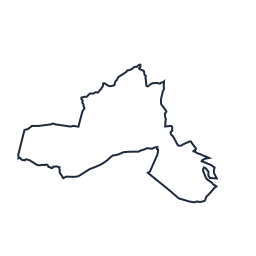 Opala, Orientale, Democratic Republic of the Congo (Natural Earth projection), rotated 104°
{"feature_id": "63176286B48725841971461", "entity_name": "Opala", "entity_type": "district", "adm_level": 2, "iso_a3": "COD", "parent_name": "Democratic Republic of the Congo", "parent_adm1": "Orientale", "projection": "natural_earth1", "projection_center": [24.381, -0.71], "detail": "fine", "context": "isolated", "style": "outline", "palette": "slate", "viewbox_px": 256, "rotation_deg": 104, "n_neighbors": 0, "source": "geoboundaries", "source_scale": "gbopen_adm2", "svg_char_len": 4978}
<svg xmlns="http://www.w3.org/2000/svg" viewBox="0 0 256 256"><g transform="rotate(104 128 128)"><path d="M144.5,207.1L145.1,208.7L146.4,212.2L147.6,215.2L148.5,218.7L149.3,221.9L150.5,222.6L153.3,225.0L155.0,228.0L180.8,228.0L181.0,227.9L181.2,227.7L181.6,227.5L182.3,227.3L183.9,227.0L183.4,226.3L183.1,225.6L183.2,225.3L183.3,225.1L184.1,224.3L184.4,223.4L184.5,223.3L184.6,222.2L184.5,221.7L184.4,221.2L184.5,220.6L184.4,220.4L184.3,220.2L183.6,220.1L183.3,219.8L183.3,219.7L182.9,218.7L183.1,217.2L183.1,216.1L183.1,215.3L183.5,214.5L183.7,214.1L183.8,213.8L183.8,213.7L183.9,213.4L183.9,213.0L184.0,212.8L184.3,211.9L184.6,211.2L185.0,210.2L185.2,209.3L185.2,209.2L185.3,208.8L185.7,207.5L185.8,206.8L185.8,206.0L185.7,205.7L185.6,205.2L185.4,204.2L185.2,203.8L184.6,202.7L184.4,201.3L184.0,200.2L184.0,199.8L184.1,199.5L183.8,199.2L183.3,198.6L183.1,198.2L183.2,197.9L183.3,197.7L183.4,197.2L183.5,197.0L183.6,196.8L183.7,196.7L183.8,196.7L184.7,196.0L184.9,195.8L185.0,193.6L185.4,193.0L185.5,192.7L185.4,192.3L185.2,192.0L185.1,191.8L184.3,191.6L184.2,191.6L183.9,191.5L183.6,191.1L183.4,190.7L183.3,190.3L183.2,189.5L183.2,189.4L182.9,188.9L182.7,188.6L182.7,188.4L182.5,187.4L182.6,187.0L182.6,186.9L182.8,185.4L182.7,185.0L183.0,185.0L183.3,185.0L184.4,184.7L184.5,184.6L185.2,184.0L186.5,183.9L187.2,183.7L187.3,183.7L187.8,183.3L188.1,183.1L188.4,182.9L190.3,180.7L191.0,179.9L191.6,179.6L192.1,179.0L192.2,178.9L192.4,178.7L190.1,176.1L189.3,172.3L188.1,167.3L186.7,164.4L183.3,161.0L180.1,158.1L176.9,154.9L173.8,150.4L169.7,145.1L165.2,141.0L159.7,137.2L158.4,136.2L157.5,133.8L155.8,130.7L153.9,128.2L152.5,126.5L152.3,125.7L152.1,125.2L150.8,121.3L149.9,117.9L148.5,112.3L146.7,110.0L146.0,109.0L145.2,107.4L143.0,104.7L142.3,99.8L142.1,99.3L140.2,97.0L139.5,94.9L141.4,94.8L141.6,93.6L142.5,93.5L143.6,93.3L145.3,93.1L147.2,93.1L164.9,96.2L165.8,97.0L166.7,97.9L176.3,77.3L179.2,71.2L182.2,65.3L183.7,62.4L184.1,61.2L184.1,59.5L184.5,50.5L184.0,45.3L182.6,43.5L182.5,40.8L182.2,39.9L181.9,39.0L181.1,37.6L180.1,36.0L179.2,35.7L178.0,35.6L175.5,35.3L173.0,33.6L166.2,30.1L165.8,30.2L163.9,28.6L163.4,28.0L163.1,28.4L161.9,32.1L160.9,33.1L160.4,34.4L158.9,38.3L157.9,39.8L157.7,40.2L151.2,44.9L149.7,45.1L147.9,44.8L148.0,43.7L148.4,42.8L149.4,41.3L151.0,39.4L152.1,39.1L153.5,38.9L154.9,38.4L156.7,36.4L156.6,35.8L156.1,33.5L156.1,33.1L156.2,32.5L155.9,31.9L155.7,31.4L155.5,29.7L154.2,30.7L152.9,32.0L150.6,33.8L148.1,34.4L145.4,34.4L143.7,39.0L143.5,41.1L143.4,41.5L143.1,42.9L142.4,48.5L141.5,48.4L139.0,45.6L137.5,42.0L137.3,42.8L137.1,44.4L135.8,52.4L135.9,52.9L135.8,53.4L135.8,53.9L135.4,55.8L134.8,56.7L134.7,57.0L134.8,57.9L135.0,58.5L134.6,59.0L134.1,58.7L133.1,57.5L132.1,57.0L131.5,57.2L130.4,58.3L129.7,59.3L129.3,59.7L127.5,62.0L125.8,63.8L126.3,65.2L127.1,66.1L129.9,69.8L130.2,70.1L130.7,70.8L131.4,71.3L132.1,71.9L132.5,72.9L132.8,74.3L132.8,75.3L132.0,76.1L126.0,81.5L125.6,81.9L125.6,82.1L125.2,82.5L124.9,82.7L124.8,82.8L124.7,83.0L124.4,83.9L124.0,84.4L123.9,84.5L123.4,84.9L121.8,85.7L119.9,84.4L118.6,84.9L116.8,85.1L115.8,86.0L115.6,86.8L116.3,88.7L117.5,92.3L116.5,92.4L115.7,92.6L114.0,93.0L113.2,93.2L112.9,93.1L112.5,93.1L111.4,93.5L110.9,93.5L110.2,93.4L108.4,94.6L106.7,95.3L105.4,95.6L104.8,95.6L104.2,95.3L103.3,94.9L102.9,94.8L102.7,94.8L101.8,95.5L100.4,97.4L99.4,98.3L97.5,100.9L96.9,101.4L96.6,101.7L93.0,102.8L90.4,103.0L88.0,103.0L83.9,103.1L82.6,102.7L81.7,102.6L81.3,102.6L80.6,102.6L79.0,103.5L78.3,103.6L75.9,104.0L74.2,104.3L74.7,104.6L75.0,105.0L75.6,106.1L76.3,107.0L76.6,107.3L77.2,107.7L77.3,110.8L78.0,113.0L78.5,114.9L79.2,115.7L80.4,117.0L81.0,117.4L82.2,118.2L82.9,118.9L82.6,120.3L81.4,120.9L80.0,121.2L78.7,121.8L78.3,121.9L77.4,122.2L76.2,122.6L75.3,123.2L73.3,123.2L73.0,123.7L72.6,124.6L72.5,124.8L72.4,124.9L72.2,125.0L71.5,125.2L70.8,125.5L69.9,125.9L69.1,126.3L69.0,126.5L68.9,126.5L68.6,127.4L68.5,128.7L68.2,129.7L68.2,130.2L68.2,130.3L68.1,130.7L67.7,131.2L67.5,131.7L67.4,131.7L66.4,131.0L65.1,130.8L63.7,131.2L63.6,132.0L65.4,133.7L65.6,133.8L66.6,134.3L66.9,135.8L67.2,136.6L69.6,138.4L70.2,139.0L70.4,139.2L71.3,140.3L72.5,142.8L73.6,143.0L75.0,144.2L76.1,145.1L78.2,147.1L80.0,148.8L80.9,149.7L82.8,150.2L84.4,150.5L85.8,151.5L87.8,151.6L89.7,151.6L91.5,154.5L91.9,156.7L91.2,158.9L90.3,161.7L90.5,162.5L91.0,162.9L92.3,162.5L94.0,162.6L95.8,163.4L96.5,163.4L97.6,164.1L98.5,164.6L100.7,165.6L101.0,165.9L100.9,167.7L102.2,169.4L103.2,170.2L103.3,171.2L103.5,172.7L104.1,173.5L105.1,174.1L106.8,175.1L107.3,175.3L107.8,175.9L108.1,177.5L109.8,180.6L111.0,180.3L111.2,180.2L111.3,180.1L111.4,179.9L111.7,179.7L111.8,179.6L112.0,179.1L112.1,178.8L112.4,178.6L112.6,178.5L114.1,178.6L114.6,178.5L114.8,178.0L115.0,177.8L115.3,177.4L115.5,177.2L115.9,176.9L117.4,176.5L118.4,175.9L118.9,175.3L119.2,175.0L119.3,175.0L122.8,176.2L132.3,176.4L138.7,176.4L139.3,181.8L140.5,184.0L141.2,190.9L142.1,200.0L141.8,202.1L143.0,203.3L144.5,207.1Z" fill="none" stroke="#1e293b" stroke-width="2"/></g></svg>